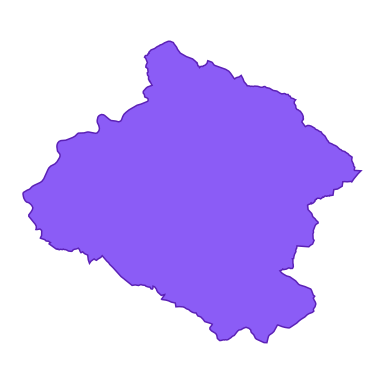 Hoghiz, Brasov, Romania
{"feature_id": "2599482B55739363536318", "entity_name": "Hoghiz", "entity_type": "district", "adm_level": 2, "iso_a3": "ROU", "parent_name": "Romania", "parent_adm1": "Brasov", "projection": "orthographic", "projection_center": [25.347, 45.951], "detail": "fine", "context": "isolated", "style": "filled", "palette": "violet", "viewbox_px": 384, "rotation_deg": 0, "n_neighbors": 0, "source": "geoboundaries", "source_scale": "gbopen_adm2", "svg_char_len": 5917}
<svg xmlns="http://www.w3.org/2000/svg" viewBox="0 0 384 384"><path d="M314.1,240.3L313.3,239.2L313.1,238.4L312.9,233.9L313.5,232.4L313.3,230.5L315.2,225.5L316.2,224.2L318.1,223.1L318.1,222.1L316.0,220.1L315.2,218.9L313.0,216.9L312.4,215.9L312.4,215.3L311.7,213.5L308.1,209.6L307.8,208.9L308.1,208.1L307.7,207.3L307.8,206.2L307.6,206.0L307.8,205.5L307.6,205.2L308.3,204.5L310.0,204.1L310.6,203.3L311.1,203.7L311.3,203.1L311.7,203.6L312.0,203.6L313.3,202.9L314.9,201.3L315.1,200.7L314.9,200.3L315.6,199.5L316.4,199.4L316.4,199.0L316.6,198.7L317.6,198.2L319.4,198.3L320.6,198.9L321.8,198.1L322.6,197.1L323.6,197.3L324.5,196.3L325.5,196.0L326.8,196.3L328.0,195.8L329.6,196.0L329.9,195.3L330.9,195.5L333.0,195.2L333.8,189.6L337.6,189.0L342.2,186.2L342.8,181.8L344.5,181.6L347.2,181.8L351.3,181.4L351.8,181.9L354.0,178.7L358.1,173.7L361.0,170.8L354.5,170.4L354.2,169.7L354.8,167.3L353.8,166.3L353.5,164.3L352.0,161.1L351.7,160.0L352.1,157.1L349.0,155.0L348.2,153.9L345.2,152.0L345.0,151.6L342.1,150.8L340.9,149.6L339.8,149.3L336.8,146.4L335.0,145.4L333.4,144.8L332.0,143.9L329.2,142.8L328.6,142.1L328.4,141.2L327.5,140.6L325.0,136.1L322.3,133.8L321.0,131.8L319.7,131.5L317.6,130.1L315.4,129.2L314.8,128.2L311.2,126.1L309.1,125.5L307.5,125.5L305.3,126.6L301.9,122.0L302.5,120.2L303.3,119.7L303.4,118.6L303.0,118.0L303.3,117.1L303.1,116.1L302.3,114.1L300.3,111.2L299.5,110.9L298.3,109.9L296.9,109.4L295.9,107.8L295.7,105.6L294.3,103.5L294.2,103.0L294.3,101.6L295.6,99.8L295.0,99.7L293.6,98.7L290.9,97.9L290.2,96.2L289.5,96.2L288.7,95.4L288.2,94.5L285.9,94.4L285.5,93.9L284.5,93.5L281.7,93.9L279.6,92.9L276.9,91.1L273.1,90.4L269.6,88.3L266.4,87.6L264.9,86.5L263.4,86.7L262.8,87.2L260.9,87.3L257.8,86.3L254.7,86.1L253.6,86.4L250.9,86.2L250.4,86.4L249.3,85.9L247.2,85.8L246.7,84.8L244.0,81.6L243.0,78.8L241.2,75.4L239.2,76.9L236.2,77.7L234.7,78.9L234.0,78.3L230.6,73.3L228.8,71.2L225.6,69.3L214.7,65.4L213.8,64.7L212.4,62.6L211.7,62.1L207.8,60.7L207.0,63.3L205.4,65.0L203.3,65.9L202.8,66.5L202.0,66.3L200.6,66.5L199.5,67.6L198.8,66.1L197.8,65.7L197.5,63.9L196.9,63.1L197.0,62.6L196.4,62.5L196.0,61.8L192.6,58.9L186.4,56.6L180.3,53.1L177.5,49.3L176.6,47.2L173.8,43.5L173.4,42.6L170.3,41.3L168.2,41.3L164.6,42.8L162.0,44.4L160.1,45.0L159.2,45.7L157.1,46.7L154.5,48.6L151.1,49.9L149.1,52.0L148.8,52.4L149.1,53.2L147.9,54.0L147.9,54.4L147.3,55.3L145.4,55.6L144.5,57.2L145.7,58.3L147.4,62.6L146.1,65.1L145.8,67.1L147.7,68.6L148.1,72.0L147.2,72.9L147.6,75.2L148.6,76.3L148.5,79.1L149.5,81.2L149.7,80.9L152.1,85.3L147.5,87.0L146.1,88.1L143.3,91.3L143.2,93.0L144.3,94.5L144.5,95.3L144.7,96.8L145.1,97.2L146.6,97.7L147.9,98.6L148.2,100.1L147.9,101.0L147.3,101.5L141.0,104.1L137.1,105.2L129.0,109.9L125.8,112.5L124.0,114.3L122.8,116.4L121.6,119.7L120.7,121.0L119.1,121.7L118.5,121.8L115.9,121.1L111.0,120.5L109.2,119.3L104.7,115.5L103.5,114.8L101.5,114.5L99.8,115.2L98.9,115.8L97.9,117.1L97.2,120.2L97.2,121.5L97.4,122.7L98.7,125.3L99.3,127.6L99.4,128.8L99.0,130.5L98.4,131.5L97.0,133.0L95.5,133.3L88.6,132.0L87.4,132.0L84.0,132.9L78.6,133.1L77.7,133.5L75.0,136.2L72.7,137.5L65.8,140.2L60.9,140.6L59.1,141.4L57.8,142.9L57.4,143.8L57.0,145.1L56.9,146.9L57.5,151.1L59.9,154.2L60.1,155.9L59.6,157.5L57.0,161.8L54.9,163.9L50.7,166.1L48.9,167.9L47.9,169.7L43.8,178.8L41.9,181.3L40.2,182.5L34.4,185.2L32.3,186.4L29.6,189.2L27.3,190.1L23.5,192.4L23.1,193.2L23.0,194.0L23.4,196.5L23.9,198.3L25.2,200.7L26.5,202.0L28.7,202.7L30.3,203.9L31.7,205.4L32.7,207.3L32.8,208.0L32.4,209.6L31.3,211.5L28.8,214.9L28.8,216.3L35.3,224.3L36.2,226.1L36.3,227.0L36.2,228.7L35.9,229.5L36.8,229.6L39.9,229.0L41.5,230.3L41.7,230.9L41.6,235.5L40.5,237.6L40.4,238.2L44.9,239.7L45.5,240.5L46.2,241.0L48.7,241.3L49.5,242.2L50.4,242.5L49.1,243.9L56.3,249.1L57.0,248.8L57.4,249.3L58.2,249.1L59.1,249.8L60.2,249.3L62.5,249.6L63.2,249.1L64.4,249.6L65.4,249.6L66.6,250.0L68.4,251.0L71.3,251.4L72.2,251.1L72.7,250.3L74.0,249.4L76.5,248.9L78.3,248.2L79.4,249.5L80.2,251.6L81.0,252.7L82.6,251.8L84.5,253.6L87.7,255.1L88.3,259.9L89.5,263.4L91.0,261.2L93.8,259.1L94.3,259.0L95.2,259.8L96.5,260.3L98.2,258.9L100.8,257.4L102.2,255.7L106.8,261.1L108.6,262.7L109.8,264.5L112.9,267.5L121.0,276.5L132.1,285.4L135.2,284.9L138.5,285.5L141.0,284.5L142.1,285.0L145.1,285.4L145.9,286.2L148.3,287.0L149.9,287.1L151.1,288.9L152.3,289.1L152.6,288.8L152.9,288.1L153.0,286.2L154.1,286.6L154.7,286.9L156.4,289.1L156.8,290.5L157.8,292.2L161.3,295.4L164.7,294.5L164.4,295.4L163.4,296.4L162.4,298.1L161.5,299.1L161.9,299.5L166.0,300.1L168.5,300.8L171.4,302.1L175.3,303.0L175.9,306.8L179.4,306.6L183.2,306.9L184.6,307.5L186.5,308.8L188.7,309.6L190.3,311.0L192.4,312.3L194.5,312.9L196.0,312.9L197.8,315.9L200.7,316.9L202.9,319.1L204.8,321.6L210.6,323.4L212.3,324.2L211.8,325.2L210.0,327.5L209.9,328.5L210.0,329.3L211.5,330.9L215.0,333.0L216.1,334.0L216.8,335.3L217.4,338.5L219.6,340.5L220.9,340.5L223.5,339.8L224.4,340.0L225.2,339.7L226.6,339.9L227.8,339.7L230.9,337.7L232.4,336.3L234.3,335.4L237.6,331.1L239.0,330.0L241.0,329.7L243.3,328.3L246.0,327.3L248.9,328.3L250.7,329.9L251.0,331.6L251.3,332.4L253.7,334.7L255.4,338.2L256.4,339.1L264.0,342.6L266.9,342.7L268.1,337.7L268.6,336.1L269.4,335.0L272.2,333.1L273.9,331.5L277.4,325.1L277.9,325.0L282.1,326.6L285.1,327.4L288.4,327.9L289.6,327.8L296.7,323.1L298.9,321.0L301.1,319.3L304.8,317.0L307.1,314.8L308.8,313.7L312.3,312.4L313.8,311.2L313.4,309.5L313.6,308.7L315.0,306.8L315.8,304.1L315.7,303.2L315.1,301.7L314.2,300.2L313.3,298.1L314.7,296.2L313.3,295.1L311.5,290.3L310.7,289.0L305.0,286.6L299.8,285.0L298.6,284.3L295.7,280.9L289.8,276.8L286.5,275.9L283.7,274.3L281.6,272.8L279.9,270.8L281.9,270.0L282.8,269.0L283.6,269.6L286.3,269.1L288.7,267.9L289.6,268.0L290.4,268.5L292.5,268.4L293.3,266.8L293.2,264.6L292.9,263.0L292.9,259.9L292.4,258.8L293.6,258.6L294.0,256.2L294.6,254.1L295.9,251.7L295.7,250.4L296.3,248.6L296.6,248.4L297.0,245.9L308.8,246.8L310.4,245.3L312.6,244.0L314.1,240.3Z" fill="#8b5cf6" stroke="#5b21b6" stroke-width="1.5"/></svg>